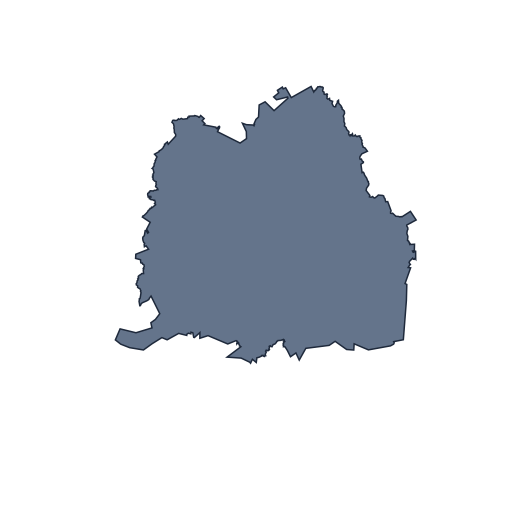 outline of Guerrero, Chihuahua, Mexico, rotated 231°
{"feature_id": "50627088B70809052051405", "entity_name": "Guerrero", "entity_type": "district", "adm_level": 2, "iso_a3": "MEX", "parent_name": "Mexico", "parent_adm1": "Chihuahua", "projection": "natural_earth1", "projection_center": [-107.504, 28.455], "detail": "fine", "context": "isolated", "style": "filled", "palette": "slate", "viewbox_px": 512, "rotation_deg": 231, "n_neighbors": 0, "source": "geoboundaries", "source_scale": "gbopen_adm2", "svg_char_len": 6168}
<svg xmlns="http://www.w3.org/2000/svg" viewBox="0 0 512 512"><g transform="rotate(231 256 256)"><path d="M294.4,136.6L290.5,134.4L290.2,134.9L291.1,136.7L291.2,138.2L289.9,142.9L289.6,145.3L290.3,146.6L290.9,149.2L271.7,144.9L270.0,137.9L270.3,132.3L265.6,129.9L271.9,114.4L284.9,104.5L279.3,93.9L272.6,95.4L264.3,100.1L253.8,109.4L253.2,120.1L251.8,131.5L246.8,134.2L244.5,147.2L237.9,152.2L238.7,152.9L238.6,154.8L236.5,156.4L237.7,157.5L236.1,158.6L232.0,156.4L231.4,156.8L231.8,164.2L227.4,160.6L224.3,168.6L205.4,178.7L202.8,187.2L202.1,187.7L200.3,187.7L200.9,187.1L200.5,187.0L200.2,186.0L199.8,185.8L200.0,186.3L199.0,187.6L198.6,187.2L196.6,187.0L196.5,186.6L195.0,187.1L195.6,169.9L186.0,180.2L177.4,184.3L176.1,184.3L178.0,188.2L173.1,189.2L176.4,192.7L175.5,194.3L174.8,197.0L175.0,197.5L174.7,197.5L174.4,198.3L174.6,198.6L174.3,199.0L173.7,198.8L172.8,199.1L172.6,199.3L173.0,199.7L172.4,200.8L173.8,201.3L174.9,203.6L175.9,203.5L176.4,204.6L175.7,205.3L174.9,205.6L174.7,206.2L175.1,207.1L174.2,207.6L175.6,207.5L176.3,208.8L177.5,209.4L177.3,210.6L176.5,210.6L175.4,211.3L176.4,213.6L175.7,215.3L176.0,217.5L176.6,218.3L176.3,219.3L176.5,219.8L174.8,222.2L173.9,224.9L173.0,225.1L172.2,224.7L172.4,224.2L172.0,224.3L172.1,224.0L171.4,224.2L171.5,223.3L170.9,222.1L170.5,222.2L170.2,221.5L169.7,221.4L169.3,220.8L168.5,220.9L168.2,220.3L167.1,221.4L162.8,220.9L156.0,219.4L155.5,226.0L147.9,224.1L152.9,236.6L140.5,256.6L139.9,263.8L126.3,267.6L121.4,272.8L126.0,277.0L112.3,284.3L101.5,304.0L100.9,307.5L101.6,308.8L102.8,309.1L98.2,317.8L126.7,344.8L139.0,355.3L140.8,354.5L149.5,368.7L151.3,367.0L152.3,369.9L152.2,370.6L154.5,370.8L155.2,371.9L155.7,376.4L154.5,376.2L153.8,376.9L154.2,377.6L153.9,378.1L153.0,378.1L159.7,383.4L159.3,382.5L159.7,382.2L159.6,380.9L160.0,380.5L160.6,380.6L160.2,380.9L160.4,381.3L161.2,381.2L160.6,382.5L165.4,386.6L168.1,382.8L168.8,383.6L169.2,383.2L170.5,383.8L171.1,383.6L171.6,384.0L172.7,383.5L175.7,386.4L178.6,387.4L180.5,389.5L181.2,390.9L182.6,391.8L184.4,392.0L185.2,392.6L183.2,403.1L193.5,404.1L194.6,394.0L195.3,393.7L195.8,392.4L196.9,391.8L198.9,389.7L203.3,389.1L203.5,388.4L204.5,387.5L205.7,388.4L205.9,389.2L206.3,389.5L215.4,392.6L216.6,390.9L219.6,392.4L220.4,392.2L222.3,393.0L223.3,392.6L226.4,389.4L226.2,388.1L226.3,384.8L227.4,384.1L228.8,384.1L229.2,382.4L230.6,381.4L231.4,382.6L237.6,382.8L239.2,384.7L240.1,388.0L241.1,389.2L243.0,389.8L243.2,390.2L244.0,390.0L246.9,391.0L250.5,391.3L252.6,392.1L253.8,392.0L254.0,390.9L261.3,395.3L261.0,398.2L261.6,398.7L263.0,398.3L265.0,398.9L265.6,397.8L266.9,398.3L267.9,399.5L268.8,402.6L267.3,408.5L271.4,408.7L273.3,407.7L273.6,408.1L275.9,408.6L276.6,409.6L277.3,409.5L278.9,410.6L279.2,411.2L280.7,411.2L282.0,412.0L282.5,411.6L283.3,411.7L284.0,412.3L284.8,411.1L284.8,410.3L285.3,410.1L285.4,409.5L286.0,409.2L287.6,409.3L287.4,408.0L288.6,406.6L289.4,406.6L289.6,407.6L290.3,407.9L290.1,407.2L290.6,406.0L290.0,405.7L290.5,405.4L290.2,404.7L291.2,404.9L291.5,404.5L292.9,405.0L293.4,405.9L294.2,406.4L297.3,406.1L298.8,406.8L300.0,406.8L301.3,406.5L303.1,408.4L305.1,408.9L307.4,410.9L309.8,411.9L311.1,414.6L313.0,415.8L315.4,415.6L315.8,415.3L317.1,416.2L317.7,416.0L317.7,416.3L319.3,416.6L322.6,416.4L325.1,418.1L325.1,416.7L323.9,415.6L323.0,413.0L321.9,411.9L322.6,410.9L323.7,410.4L326.6,411.0L328.0,412.9L330.5,411.3L332.2,412.3L332.6,410.6L333.8,410.3L335.3,411.8L336.0,411.8L336.5,413.1L337.3,413.2L338.2,411.2L338.9,410.8L340.6,412.0L341.8,411.5L343.0,412.2L343.7,413.4L344.7,414.2L345.8,413.8L346.3,412.9L346.9,412.9L347.6,412.2L348.0,411.2L348.6,410.6L348.1,409.0L348.3,408.6L348.8,408.6L347.7,408.1L347.4,406.2L347.7,406.1L347.7,405.7L347.1,404.1L353.1,405.5L356.9,383.1L368.1,384.9L368.8,382.3L370.7,382.8L371.3,376.9L368.5,376.3L368.5,369.8L364.5,370.3L359.7,380.6L358.5,380.1L357.6,361.5L370.1,360.1L371.4,353.5L362.4,345.4L362.2,341.9L360.0,337.7L359.3,337.8L358.5,336.4L359.5,336.3L364.1,331.2L367.7,329.0L358.8,326.8L353.2,322.5L353.8,314.7L376.8,304.3L379.1,309.0L380.0,309.0L380.1,307.8L379.8,306.8L379.2,306.6L378.8,306.8L379.1,306.1L380.1,305.5L381.3,305.9L390.8,297.9L391.0,299.6L395.0,299.2L395.4,302.2L400.0,301.4L399.4,299.2L399.8,298.8L401.0,298.7L403.7,296.8L403.6,296.3L406.8,292.0L406.1,291.5L406.8,290.4L405.9,289.2L408.3,285.3L410.0,284.5L410.2,282.8L410.7,282.2L411.4,282.1L411.2,279.9L412.5,278.0L413.2,277.8L413.8,276.6L412.8,274.8L410.8,275.1L408.3,273.9L407.0,272.6L405.6,272.0L403.4,270.3L401.1,270.1L399.7,269.0L398.1,258.1L400.4,258.9L400.4,256.3L400.1,255.9L400.4,255.2L399.4,254.4L399.2,253.0L398.6,252.2L398.3,250.4L398.3,248.1L398.7,247.1L398.1,246.4L399.0,241.2L395.3,241.4L394.2,238.9L393.5,238.3L393.7,237.7L392.8,237.1L392.0,235.9L392.0,235.2L390.0,233.2L389.8,231.9L389.3,231.0L389.4,230.4L388.2,230.7L385.0,229.1L384.6,227.7L383.7,227.0L383.8,226.6L383.1,226.6L382.7,226.2L382.6,225.2L381.2,225.2L380.7,224.3L380.0,224.2L378.2,224.3L376.5,225.2L375.5,224.0L374.1,223.4L374.1,222.8L373.1,221.6L370.5,222.0L369.3,221.5L370.0,220.5L370.0,219.6L371.1,218.3L371.1,217.2L373.3,214.8L372.6,213.3L372.9,213.0L372.6,212.7L372.8,211.3L372.0,210.5L369.8,209.4L369.6,210.5L368.5,211.7L367.9,211.4L368.8,210.1L368.7,209.7L367.5,209.2L366.9,209.9L366.0,209.8L364.5,211.2L363.5,211.5L363.1,212.3L361.1,211.6L360.6,210.1L359.6,210.5L359.0,210.2L359.0,205.3L359.1,204.9L359.4,205.0L359.1,204.4L359.6,203.6L359.2,203.2L359.4,202.6L359.0,201.7L359.2,200.8L358.6,199.8L358.2,197.6L357.9,194.0L358.3,193.6L357.8,192.2L348.8,195.0L345.7,187.9L342.0,187.4L341.9,186.2L345.1,186.7L345.5,185.9L342.1,182.0L341.9,180.1L341.2,179.2L339.5,178.1L337.3,177.3L336.0,177.5L335.3,176.3L333.4,175.1L333.1,177.0L328.9,176.8L333.0,163.7L329.9,160.9L325.8,163.9L323.4,162.3L322.8,162.3L322.0,163.2L320.9,162.8L319.8,163.4L318.3,162.7L317.2,160.4L316.6,160.7L316.0,159.5L313.1,157.6L314.3,156.1L314.1,155.0L314.4,153.3L314.3,151.8L313.8,151.2L312.8,150.9L312.7,149.7L311.7,149.4L311.5,148.0L310.1,146.6L309.9,145.5L308.9,144.8L307.4,145.3L306.2,144.3L304.8,144.6L303.7,145.2L301.4,144.6L301.2,144.0L299.9,143.6L296.1,139.4L296.1,138.2L295.6,138.1L294.4,136.6Z" fill="#64748b" stroke="#1e293b" stroke-width="1.5"/></g></svg>